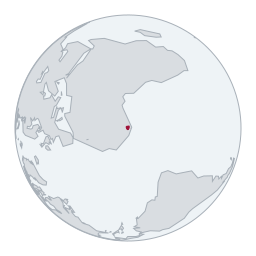 Cavally highlighted on a globe, orthographic projection, rotated 256°
{"feature_id": "CIV-3459", "entity_name": "Cavally", "entity_type": "Department", "adm_level": 1, "iso_a3": "CIV", "parent_name": "Ivory Coast", "parent_adm1": "", "projection": "orthographic", "projection_center": [-7.856, 6.298], "detail": "fine", "context": "on_globe", "style": "filled", "palette": "rose", "viewbox_px": 256, "rotation_deg": 256, "n_neighbors": 0, "source": "natural_earth", "source_scale": "10m", "svg_char_len": 8620}
<svg xmlns="http://www.w3.org/2000/svg" viewBox="0 0 256 256"><g transform="rotate(256 128 128)"><circle cx="128" cy="128" r="113" fill="#eef3f6" stroke="#a8b0b8"/><path d="M88.5,22.5L85.5,23.7L87.7,22.9L85.2,24.2L86.9,23.8L84.5,24.9L87.8,23.7L89.7,22.8L91.7,22.1L92.8,21.9L90.1,23.1L89.1,23.4L88.9,23.7L87.0,24.4L88.6,24.0L85.1,25.7L90.2,23.8L88.7,25.0L86.0,26.2L84.2,26.3L73.3,30.6L70.0,32.4L67.1,34.7L66.0,38.0L63.2,40.3L60.9,43.1L63.4,41.6L66.1,38.9L70.1,37.1L72.9,34.3L75.0,33.4L78.8,30.8L80.4,31.1L80.0,32.9L77.0,35.1L76.7,36.1L81.4,34.1L77.5,38.8L78.0,43.2L76.8,44.7L71.1,46.8L66.5,46.1L59.2,50.2L66.2,47.6L62.9,51.8L63.4,52.7L64.8,52.7L66.9,51.2L66.3,52.9L59.1,55.7L59.6,54.2L61.9,53.2L59.7,53.1L54.8,55.6L53.6,57.9L47.6,60.4L46.6,62.2L44.8,64.0L46.7,60.8L43.1,66.7L35.9,72.6L30.8,83.7L33.3,74.7L32.8,73.5L31.6,73.3L30.7,75.0L30.4,73.3L28.0,76.6L23.9,85.3L21.4,92.3L22.1,93.1L23.8,89.4L25.1,89.0L21.0,99.2L22.8,101.5L20.8,109.4L20.9,113.8L22.5,113.1L24.0,115.6L26.2,111.2L29.2,109.2L28.2,115.7L30.7,110.1L31.8,113.5L38.4,114.3L37.6,115.7L43.1,124.4L50.7,128.7L52.5,133.8L51.4,136.6L54.5,137.8L54.5,139.8L68.2,144.1L76.4,149.6L77.0,156.4L71.8,163.6L71.0,179.4L62.6,183.7L63.1,189.9L61.2,198.3L55.8,197.0L60.1,201.7L59.3,204.1L56.6,203.8L58.5,206.9L56.6,206.6L59.5,208.9L60.1,212.3L64.2,215.7L65.5,218.4L68.2,220.4L67.4,220.2L67.5,220.7L68.7,221.7L64.5,219.5L59.2,215.2L57.6,213.2L56.4,212.6L52.7,207.3L52.7,208.3L46.2,199.7L42.8,192.7L34.1,171.2L31.7,166.7L26.8,160.8L20.7,143.5L21.0,137.0L20.3,133.7L22.9,124.8L23.1,115.9L22.4,114.4L21.1,117.5L19.6,111.3L20.2,104.4L20.5,94.4L23.1,86.9L26.2,79.7L29.9,72.7L34.0,66.0L38.5,59.6L43.5,53.5L48.9,47.8L54.7,42.4L60.9,37.5L67.4,33.1L74.2,29.1L81.2,25.5L88.5,22.5ZM29.0,87.4L31.2,93.8L28.5,94.0L29.3,93.1L29.1,90.6L28.1,88.1L26.1,88.8L29.0,87.4ZM33.4,81.7L32.9,81.1L33.6,81.2L33.4,81.7ZM77.6,30.9L78.1,30.8L77.2,31.3L77.6,30.9ZM78.7,29.9L77.1,30.5L77.4,30.1L78.4,29.7L78.7,29.9ZM80.5,29.3L78.1,29.4L78.7,28.8L82.7,27.0L80.5,29.3ZM89.7,22.7L87.9,23.6L88.4,23.1L89.7,22.7ZM91.5,21.4L91.4,21.5L93.6,20.8L95.7,20.1L97.1,19.7L95.7,20.2L93.1,21.0L96.0,20.2L89.6,22.5L88.3,22.6L89.4,22.2L91.5,21.4ZM92.6,21.8L92.0,21.8L94.9,20.7L96.5,20.5L95.0,20.9L92.6,21.8ZM99.3,19.1L97.5,19.6L96.5,19.9L99.3,19.1ZM95.0,21.1L97.3,20.5L96.9,20.9L93.3,21.7L95.0,21.1ZM94.9,20.6L96.3,20.1L96.1,20.3L94.9,20.6ZM97.1,22.4L96.3,22.2L97.8,21.6L97.1,22.4ZM98.1,20.3L98.2,20.2L98.7,19.9L100.1,19.7L98.1,20.3ZM99.5,19.1L100.0,19.0L101.0,18.7L102.9,18.3L100.3,19.0L102.2,18.5L102.8,18.4L100.0,19.2L99.5,19.1ZM103.0,18.9L100.3,20.0L101.4,20.4L100.1,20.9L98.7,20.2L103.0,18.9ZM101.5,19.0L102.1,19.0L100.3,19.5L98.7,19.8L101.5,19.0ZM105.1,17.8L102.9,18.2L103.5,18.1L105.1,17.8ZM103.7,18.9L104.3,18.6L103.9,18.8L103.7,18.9ZM105.1,18.0L104.2,18.1L105.0,17.9L105.1,18.0ZM106.3,18.1L105.4,18.4L104.3,18.6L106.3,18.1ZM106.0,18.0L107.3,17.7L104.4,18.4L105.5,18.0L106.0,18.0ZM105.9,17.8L106.1,17.7L105.9,17.8ZM111.0,17.5L107.6,18.5L105.2,18.7L108.7,17.7L111.0,17.5ZM72.7,223.9L65.5,220.2L69.0,221.9L68.3,220.6L73.3,223.2L72.7,223.9ZM72.2,220.6L73.3,220.0L74.4,220.6L73.9,221.2L72.2,220.6ZM234.2,90.4L236.3,97.7L238.7,108.4L239.2,113.5L235.1,98.9L231.5,89.1L231.1,90.4L225.9,83.0L220.1,84.0L218.4,81.7L217.5,83.2L213.7,81.2L210.6,77.4L208.7,78.1L216.8,88.1L218.7,87.6L218.9,83.0L220.9,86.8L224.4,89.8L224.0,100.2L213.8,111.0L211.2,103.2L195.1,83.4L194.7,81.0L194.6,80.8L194.3,80.3L194.5,84.2L191.2,80.4L201.5,94.2L203.9,100.5L213.7,111.5L213.2,112.9L215.8,115.1L222.4,110.9L222.8,113.6L220.7,126.7L210.2,145.5L210.7,157.0L208.4,167.0L199.8,174.4L198.5,182.0L193.8,185.1L192.2,189.4L187.2,194.2L179.8,199.1L169.2,200.0L170.1,196.2L167.3,189.1L164.0,171.3L168.4,162.6L168.1,156.1L160.3,142.0L162.1,133.8L159.6,130.5L154.7,131.6L151.6,127.8L148.5,127.9L127.8,131.8L120.5,126.9L109.5,111.3L112.6,104.8L111.4,97.6L131.1,72.6L137.1,73.6L154.7,69.5L157.3,70.1L157.2,75.5L172.1,81.1L174.5,76.3L185.9,79.1L192.2,78.3L190.8,68.3L180.5,69.2L176.7,64.7L183.3,59.9L192.0,59.8L190.8,58.1L183.6,54.7L183.9,51.5L180.9,53.4L183.4,54.9L181.6,56.3L179.2,55.0L179.4,53.8L176.3,53.3L176.2,59.7L178.7,61.9L171.6,63.8L175.1,67.9L173.8,70.1L167.4,64.0L166.7,61.7L156.2,55.9L156.3,58.4L166.2,64.2L163.9,63.9L164.0,68.0L162.1,64.7L151.2,58.2L143.6,60.4L137.0,71.0L131.9,72.3L126.4,70.7L125.8,60.6L137.1,59.0L137.1,56.0L132.2,52.1L136.1,52.1L135.5,50.5L139.5,49.9L142.7,45.7L146.4,45.0L145.3,40.4L147.0,39.6L147.2,42.4L149.3,44.3L158.3,43.3L159.3,42.2L157.8,39.5L160.5,39.8L157.9,37.3L161.8,35.9L154.9,35.6L152.9,32.9L154.0,30.8L152.1,30.0L150.4,33.6L150.8,35.1L153.2,36.5L153.3,41.4L150.7,42.4L145.9,37.5L141.7,38.7L139.8,34.8L145.7,26.7L149.4,25.2L160.5,27.7L161.1,29.2L157.3,28.9L163.0,31.4L161.5,30.1L163.7,30.5L162.4,28.5L163.9,28.8L160.1,26.6L161.8,26.7L164.2,28.1L163.7,25.7L166.6,25.7L165.8,25.1L164.1,24.5L168.8,25.2L168.0,24.8L166.1,24.3L163.3,23.2L160.1,21.7L161.9,22.0L163.3,22.6L169.0,24.6L172.4,26.4L172.9,26.4L170.3,24.9L163.4,22.5L161.0,21.5L164.2,22.4L162.8,22.0L162.2,21.7L163.3,21.7L159.7,20.7L150.2,17.6L150.9,17.7L158.9,19.7L166.7,22.2L174.4,25.3L181.8,29.0L188.9,33.2L195.6,37.9L202.1,43.1L208.1,48.8L213.7,54.9L218.8,61.3L223.4,68.2L227.6,75.3L231.1,82.7L234.2,90.4ZM126.6,84.8L126.6,87.0L126.6,84.8ZM202.9,65.0L207.1,65.0L202.3,59.3L203.5,58.9L201.5,57.3L202.0,58.9L196.5,54.5L197.3,52.7L195.3,50.4L193.8,50.4L193.3,54.5L201.1,60.6L201.4,63.1L202.9,65.0ZM38.7,114.3L39.3,115.7L38.2,115.5L38.7,114.3ZM27.4,96.5L28.2,96.9L28.4,98.0L27.6,98.1L27.4,96.5ZM36.2,98.4L37.5,99.2L35.8,99.5L36.2,98.4ZM31.8,94.7L35.1,98.0L31.9,99.4L29.9,97.4L31.7,97.2L31.8,94.7ZM31.4,85.2L31.8,85.8L31.1,86.9L31.4,85.2ZM33.9,81.8L33.6,81.9L33.8,80.9L33.9,81.8ZM63.4,51.7L63.9,51.5L65.1,51.8L63.9,52.4L63.4,51.7ZM74.4,49.8L73.1,52.6L73.2,50.9L71.2,52.0L68.8,50.1L76.0,45.3L73.2,47.7L74.4,49.8ZM67.7,46.7L68.4,48.1L67.4,46.8L67.7,46.7ZM128.3,43.2L130.5,44.0L130.1,45.8L125.4,47.6L125.9,44.8L128.3,43.2ZM133.7,44.7L130.2,39.8L133.0,38.8L132.0,40.1L134.2,40.0L133.2,42.1L139.3,46.3L139.4,48.3L130.6,49.9L133.4,48.2L131.1,47.4L133.7,44.7ZM116.3,32.2L114.8,30.9L122.8,30.3L123.3,31.6L118.6,33.2L115.3,32.6L116.3,32.2ZM88.1,26.4L87.0,26.6L87.8,26.2L89.4,25.7L88.1,26.4ZM96.6,22.3L93.7,25.6L92.3,25.9L92.2,27.9L88.5,29.4L88.7,28.0L85.8,30.9L84.5,30.2L82.9,32.3L83.7,28.9L82.4,28.6L85.2,28.2L88.6,26.8L89.7,26.1L91.8,24.0L90.7,23.2L93.9,21.9L96.5,21.2L97.3,21.2L94.9,22.0L97.6,21.4L94.8,22.6L96.6,22.3ZM124.8,18.5L121.8,18.6L126.7,19.2L123.9,19.7L124.7,19.8L123.5,20.5L123.3,21.7L121.8,21.9L122.4,22.2L121.6,22.9L121.9,23.5L119.2,24.2L119.4,25.1L118.0,24.9L119.0,26.3L117.1,25.6L115.9,26.6L118.4,26.8L103.2,30.5L98.4,33.2L95.4,36.0L92.4,34.8L93.4,31.7L96.5,28.1L101.6,25.9L99.4,26.0L101.2,25.0L102.2,25.4L101.7,24.3L103.4,23.7L106.2,21.6L104.4,20.8L105.3,20.1L106.9,20.1L106.8,19.5L110.4,19.2L111.2,18.8L115.6,18.2L118.2,18.7L118.9,18.2L122.3,17.9L124.8,18.5ZM112.2,17.3L116.0,17.4L116.3,17.9L108.5,18.8L107.3,19.2L102.3,20.2L101.9,19.6L103.4,19.3L104.7,19.0L104.3,19.3L105.6,18.8L107.7,18.5L109.3,18.1L110.1,18.2L112.2,17.3ZM158.9,68.0L160.7,68.1L163.1,67.6L163.3,70.3L158.9,68.0ZM151.5,63.6L152.9,63.1L154.3,66.4L152.5,66.5L151.5,63.6ZM152.4,60.3L152.8,62.9L151.5,61.5L152.4,60.3ZM148.4,42.0L149.7,41.5L150.3,42.1L150.2,43.2L148.4,42.0ZM138.9,21.5L137.1,21.3L137.2,21.0L134.4,20.0L136.2,19.7L138.6,20.2L138.9,21.5ZM189.7,70.1L188.6,72.2L187.4,71.3L188.0,70.8L189.7,70.1ZM175.9,71.2L179.6,72.2L175.9,71.9L175.9,71.2ZM140.4,21.0L139.0,20.6L140.8,20.7L140.4,21.0ZM137.4,19.4L139.2,19.5L136.1,19.5L137.4,19.4ZM200.5,213.9L199.3,215.0L198.8,215.3L200.5,213.9ZM220.5,163.7L211.6,181.6L208.3,182.2L209.3,177.2L213.6,166.5L217.9,163.0L220.4,157.9L220.5,163.7ZM238.9,109.3L239.9,115.5L240.0,116.7L238.9,109.3ZM154.0,20.0L155.9,21.6L158.5,23.0L161.8,24.0L157.9,23.5L153.9,21.2L154.0,20.0ZM150.5,17.7L147.6,17.2L148.3,17.3L149.0,17.4L150.5,17.7ZM149.2,17.5L146.7,17.3L144.6,16.9L147.0,17.1L149.2,17.5ZM143.7,18.5L144.1,19.0L142.7,18.8L143.7,18.5Z" fill="#d9dde1" stroke="#a8b0b8" stroke-width="1"/><path d="M126.7,127.5L126.8,127.3L127.1,127.4L127.3,127.3L127.3,127.2L127.5,127.1L127.5,126.9L127.7,126.7L127.8,126.7L127.9,126.8L128.0,126.8L128.4,126.9L128.5,126.9L128.6,126.7L128.8,126.7L129.1,126.7L129.3,126.7L129.5,126.8L129.6,127.0L129.7,127.3L129.7,127.5L129.4,127.7L129.5,127.9L129.5,128.3L129.5,128.6L129.5,129.2L128.9,129.3L128.8,129.1L128.8,128.9L128.7,128.9L128.7,129.0L128.7,128.9L128.4,128.8L128.4,128.7L128.3,128.8L128.2,128.7L128.1,128.4L128.0,128.5L128.0,128.4L128.0,128.2L127.9,128.1L127.7,128.0L127.4,128.0L127.2,128.0L127.1,127.9L126.9,127.9L126.9,127.7L126.7,127.7L126.7,127.5Z" fill="#f43f5e" stroke="#9f1239" stroke-width="1.5"/></g></svg>